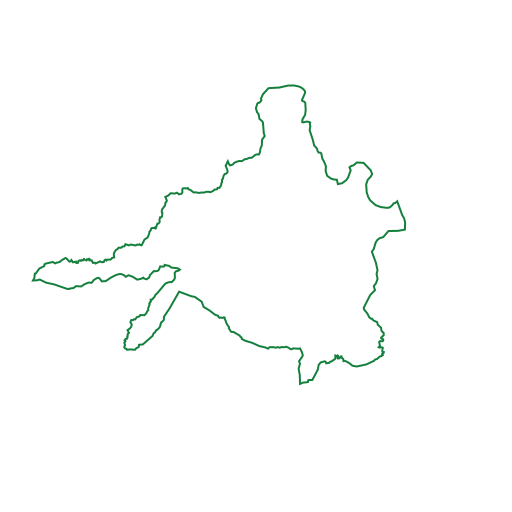 outline of Pital, Huila, Colombia, rotated 129°
{"feature_id": "7082276B7472768394533", "entity_name": "Pital", "entity_type": "district", "adm_level": 2, "iso_a3": "COL", "parent_name": "Colombia", "parent_adm1": "Huila", "projection": "mercator", "projection_center": [-75.81, 2.257], "detail": "fine", "context": "isolated", "style": "outline", "palette": "green", "viewbox_px": 512, "rotation_deg": 129, "n_neighbors": 0, "source": "geoboundaries", "source_scale": "gbopen_adm2", "svg_char_len": 6147}
<svg xmlns="http://www.w3.org/2000/svg" viewBox="0 0 512 512"><g transform="rotate(129 256 256)"><path d="M327.7,141.3L325.0,139.9L321.3,136.3L319.4,137.2L316.9,134.2L305.6,136.4L301.1,138.8L297.9,138.7L294.7,136.4L294.3,135.5L295.2,133.9L293.0,131.9L291.8,131.9L290.1,130.9L286.4,129.8L285.7,129.8L283.4,131.7L283.0,130.1L281.9,130.0L281.8,129.5L282.6,128.3L283.9,128.4L284.1,127.8L283.0,126.8L280.6,126.8L280.2,126.4L281.2,125.2L281.1,123.6L282.6,121.8L281.8,121.3L281.1,119.4L280.5,115.6L280.6,112.1L278.5,108.2L270.8,102.0L263.1,98.3L261.7,98.4L259.8,97.1L256.4,96.6L254.6,95.4L253.9,95.8L253.2,95.2L252.6,96.3L251.2,95.8L250.2,96.2L250.8,97.5L250.4,98.1L247.5,99.8L248.1,101.2L249.5,102.4L249.6,103.3L247.8,103.1L245.3,106.2L244.2,106.1L242.5,103.9L241.3,104.1L240.7,104.9L241.3,106.5L240.8,107.4L237.2,106.9L235.5,108.3L235.2,111.3L233.0,113.8L232.8,118.1L231.1,120.2L232.2,124.2L231.7,126.4L232.3,127.0L232.4,129.3L230.6,133.3L229.5,138.5L228.4,139.7L214.4,142.7L207.7,142.0L205.3,145.5L201.6,145.6L197.3,147.1L194.1,151.0L190.7,152.5L185.8,158.6L179.7,168.7L176.7,168.8L170.2,171.5L167.5,171.8L164.4,171.2L161.3,169.0L153.3,168.8L147.0,161.4L141.8,156.9L136.1,161.2L133.5,164.6L132.2,168.1L124.6,180.7L127.2,181.1L128.5,182.2L130.2,182.0L134.0,182.6L136.0,184.3L139.4,189.7L141.2,195.1L140.9,202.4L139.6,205.8L136.8,210.1L131.1,215.4L126.6,217.1L122.1,216.8L119.2,217.3L117.2,220.9L115.9,231.0L119.9,236.5L124.2,237.3L126.1,238.6L128.2,239.2L129.9,236.3L137.2,233.8L140.3,233.6L145.3,234.9L148.6,237.6L145.8,241.2L147.5,243.6L148.6,246.3L148.9,251.1L146.2,255.3L142.2,258.2L140.0,262.2L138.6,265.7L135.2,269.8L135.1,270.8L136.2,272.5L135.6,274.3L134.2,276.1L133.5,280.3L129.6,285.5L124.5,293.5L120.9,295.5L120.1,296.8L118.2,297.9L118.3,298.8L119.6,301.2L122.3,303.2L122.9,304.3L120.5,305.9L115.3,306.7L111.2,309.3L105.9,314.2L105.7,315.6L106.3,317.4L106.0,318.4L98.3,320.5L97.1,321.7L96.6,323.7L96.6,326.7L97.3,329.4L99.6,333.8L103.1,338.1L110.4,343.9L117.7,351.9L125.9,352.4L130.6,351.2L131.7,349.7L134.7,349.8L135.7,350.8L136.9,350.8L141.2,349.1L143.5,345.8L144.3,343.0L147.3,339.6L147.3,336.5L147.9,334.6L155.5,327.4L157.3,324.7L161.8,324.5L166.5,321.0L169.8,320.1L172.9,318.2L175.2,317.6L176.2,319.0L177.7,320.1L182.4,321.2L183.8,322.9L186.8,324.5L187.8,325.6L191.2,326.7L192.8,328.9L195.6,330.8L197.6,331.6L199.4,331.6L201.9,333.1L201.7,334.4L200.1,337.5L204.9,336.4L207.7,331.7L208.7,330.9L210.6,330.9L212.0,331.9L214.0,331.7L216.9,330.3L218.1,330.5L219.9,328.9L221.3,328.7L223.2,327.5L226.0,327.3L227.2,328.7L228.7,328.3L230.6,330.1L232.6,330.3L235.2,331.7L235.8,333.1L237.3,334.9L239.6,336.5L241.1,338.5L242.8,339.9L244.5,343.0L245.9,344.5L245.9,348.1L246.6,350.5L246.1,351.8L247.3,352.6L248.6,354.6L249.4,355.3L250.5,355.3L253.0,353.2L254.6,353.1L256.5,354.6L256.6,357.3L258.6,358.4L260.9,361.8L264.4,362.3L267.1,363.7L269.0,360.2L270.5,359.7L271.3,360.0L274.1,358.5L279.0,358.3L280.7,357.3L281.3,356.7L281.3,356.0L284.2,354.0L285.4,353.9L286.3,354.9L289.1,353.5L289.8,352.5L290.8,352.1L292.0,352.2L292.9,353.0L296.0,351.9L297.1,352.4L297.3,351.4L297.8,351.3L298.4,352.9L299.9,354.6L300.5,354.7L302.4,354.0L304.3,354.1L305.5,353.2L309.7,351.9L313.4,353.0L319.6,351.6L320.1,352.1L320.2,353.9L321.1,354.2L321.8,355.4L323.5,356.1L325.9,360.5L327.7,361.4L329.0,364.9L331.2,364.3L332.6,365.7L334.5,366.0L336.0,368.0L337.8,368.0L339.7,368.7L342.6,368.3L344.3,367.5L346.3,365.3L348.2,366.7L349.7,366.6L350.5,367.0L352.5,369.3L353.6,369.4L353.4,370.3L353.7,370.8L354.9,371.0L356.2,370.5L356.9,370.8L358.1,372.3L358.2,373.7L362.8,376.0L362.6,377.1L364.0,378.4L362.8,381.1L364.1,382.5L363.2,383.2L363.2,384.0L364.3,384.1L364.7,385.2L366.1,384.9L366.6,386.0L366.6,387.8L368.3,387.7L369.1,389.2L370.0,389.1L370.5,390.3L371.4,390.9L373.4,390.1L374.5,391.2L373.7,392.4L376.1,394.3L375.3,396.9L377.0,396.8L377.8,397.5L377.2,401.9L377.4,402.8L381.8,404.4L384.4,404.9L386.7,406.8L388.2,407.5L388.5,410.1L394.4,414.8L395.7,415.1L397.0,414.2L402.1,416.5L408.0,416.1L408.9,416.8L412.6,414.4L415.4,413.9L412.5,410.7L410.4,409.3L408.8,402.3L405.1,395.0L400.5,382.3L399.0,380.2L398.3,380.1L395.8,377.7L392.7,376.9L389.7,372.7L385.8,371.5L382.0,369.4L380.3,366.9L376.5,366.9L373.3,365.7L372.0,364.6L371.9,363.6L372.7,359.8L370.1,357.0L364.2,355.2L359.4,353.1L356.3,351.1L354.9,349.4L354.0,346.8L354.1,344.1L351.1,342.9L349.7,338.6L349.1,333.4L345.8,330.8L343.8,330.0L344.0,328.9L342.9,326.3L339.9,325.5L337.6,326.4L331.9,325.9L331.4,324.8L329.3,323.0L327.8,322.8L324.4,323.9L322.4,321.1L320.9,320.8L320.4,321.3L318.4,317.4L318.2,314.4L314.8,309.1L314.5,306.6L316.2,307.0L318.0,308.5L320.2,308.6L324.0,305.3L325.8,304.7L329.5,305.1L329.9,306.0L332.0,307.8L334.7,309.1L346.6,309.3L349.6,309.7L351.8,309.1L353.0,309.4L354.9,309.2L356.2,310.4L357.1,309.3L357.9,309.0L358.8,309.4L359.4,308.9L360.3,308.9L360.7,308.1L364.5,306.9L366.0,305.6L367.0,305.8L369.8,305.2L372.2,305.4L374.7,308.8L376.1,308.5L378.6,310.1L381.3,310.0L382.1,311.1L383.1,311.1L384.3,312.6L386.6,311.9L387.3,309.6L389.5,308.4L391.6,308.4L394.5,309.2L395.6,306.4L397.3,306.6L398.1,305.9L399.5,305.5L399.8,304.7L401.6,304.3L402.4,305.2L403.1,304.7L404.3,305.1L404.7,303.7L406.4,303.7L407.6,301.7L409.7,301.1L410.2,299.8L409.7,298.2L410.1,297.3L407.6,294.8L405.0,291.0L403.0,291.0L400.6,289.9L398.6,291.0L395.9,288.3L383.2,286.1L380.5,286.9L378.5,286.4L377.2,286.8L376.0,286.8L375.2,286.2L372.4,286.0L370.6,286.4L367.6,287.9L365.2,287.4L363.6,287.5L361.0,289.3L351.1,290.2L332.1,293.3L328.0,281.0L326.3,277.8L325.7,269.5L328.5,264.7L327.6,257.9L327.4,250.7L326.3,247.9L326.9,247.0L326.9,245.2L326.0,244.7L325.3,243.2L323.8,242.4L323.6,241.6L324.6,240.7L325.5,238.6L326.9,236.7L328.4,232.1L329.3,231.5L330.4,228.2L330.4,227.2L329.2,225.7L328.1,218.6L328.5,217.7L328.4,215.9L329.4,214.9L328.7,211.1L325.9,204.4L323.9,196.7L321.0,190.8L320.6,188.7L320.1,188.2L318.6,188.1L318.0,187.7L315.9,185.1L314.7,182.8L313.1,181.7L312.3,179.8L310.6,178.8L309.5,177.0L307.5,175.4L306.8,173.1L306.7,170.6L305.9,169.5L304.4,169.0L301.4,164.7L300.1,163.6L302.0,159.5L303.7,157.2L304.7,156.8L310.7,156.3L312.1,154.0L316.8,151.9L321.0,147.0L327.7,141.3Z" fill="none" stroke="#15803d" stroke-width="2"/></g></svg>